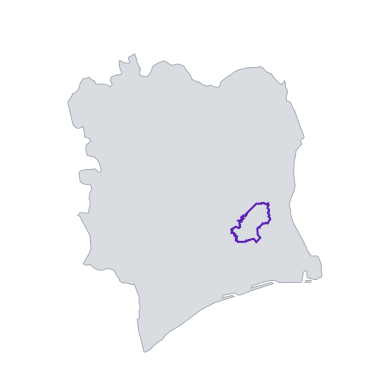 Moronou, N'zi-Comoé, Ivory Coast (highlighted), rotated 348°
{"feature_id": "98640826B53162767921513", "entity_name": "Moronou", "entity_type": "district", "adm_level": 2, "iso_a3": "CIV", "parent_name": "Ivory Coast", "parent_adm1": "N'zi-Comoé", "projection": "natural_earth1", "projection_center": [-4.266, 6.594], "detail": "medium", "context": "in_parent", "style": "outline", "palette": "violet", "viewbox_px": 384, "rotation_deg": 348, "n_neighbors": 0, "source": "geoboundaries", "source_scale": "gbopen_adm2", "svg_char_len": 5392}
<svg xmlns="http://www.w3.org/2000/svg" viewBox="0 0 384 384"><g transform="rotate(348 192 192)"><path d="M95.6,70.9L96.8,70.9L99.8,69.9L102.6,67.5L105.2,62.6L108.7,58.7L112.6,59.0L113.8,58.3L115.2,58.1L116.8,60.7L118.5,62.7L119.6,62.7L120.5,66.5L127.7,68.0L130.7,69.1L133.3,71.8L134.2,71.8L135.3,71.3L136.1,70.3L136.3,69.3L135.2,66.8L135.7,64.6L136.9,62.6L138.7,62.5L141.5,62.0L144.7,62.0L147.1,62.3L148.0,60.3L147.1,54.8L147.4,51.8L147.8,49.2L148.6,48.1L152.2,51.4L155.4,52.5L157.8,52.6L158.4,52.0L157.4,48.5L157.7,47.4L158.5,46.8L160.1,46.5L164.2,45.0L164.7,45.3L165.4,50.9L165.1,52.7L165.9,56.5L167.0,60.0L166.9,61.4L166.0,63.6L165.0,65.6L165.1,66.4L166.7,67.7L169.9,69.1L173.2,69.5L175.0,67.4L176.9,65.7L178.2,64.3L178.7,62.1L180.7,60.5L186.7,58.5L192.1,58.1L193.4,58.8L195.9,61.8L199.0,64.0L203.8,63.7L207.2,64.9L210.2,67.3L212.2,72.5L214.4,76.3L215.4,81.7L218.8,84.5L221.5,85.8L225.2,89.7L229.0,91.7L232.9,91.2L234.8,93.2L237.7,94.7L240.7,94.8L243.2,90.3L246.6,88.5L255.3,84.9L258.7,83.3L262.1,82.3L270.4,81.9L278.2,83.0L282.0,83.9L284.6,83.3L287.1,85.4L289.7,89.9L291.8,91.3L294.0,92.9L295.6,96.4L297.4,99.9L298.5,101.5L300.8,104.9L302.8,105.0L304.7,103.5L305.6,102.4L306.0,104.7L305.2,108.4L305.4,110.7L306.4,111.5L305.9,114.5L303.6,119.5L303.6,122.5L305.8,123.4L307.5,126.6L308.4,132.0L309.4,133.8L309.5,134.9L311.1,148.0L313.2,161.1L311.9,162.8L310.1,163.3L309.0,163.9L308.7,165.1L309.4,166.9L308.9,168.6L306.7,169.7L301.9,173.9L301.6,175.5L300.3,179.1L299.3,181.2L297.7,185.3L295.2,195.9L294.3,204.7L294.2,207.4L293.2,209.3L292.1,212.0L286.9,219.6L284.2,225.7L284.6,228.4L284.7,231.1L283.9,233.0L284.1,238.3L284.7,242.6L285.7,246.9L289.4,259.0L291.4,266.4L292.6,272.3L293.7,276.3L294.7,277.9L295.1,279.4L300.8,280.5L301.9,281.4L303.4,289.1L303.1,292.6L302.0,293.9L302.1,296.9L301.8,300.6L301.0,302.0L297.8,302.2L295.7,303.6L292.9,303.0L292.6,302.1L291.1,301.8L286.9,299.7L287.6,293.0L285.7,292.7L284.2,293.6L281.2,301.7L279.8,303.0L259.0,298.9L254.5,295.6L249.1,294.8L239.7,295.2L231.9,296.2L229.6,298.2L249.3,297.0L251.4,297.2L252.4,298.5L227.5,301.1L218.1,302.7L215.3,302.3L213.1,299.7L202.8,299.4L200.7,300.2L199.5,302.1L203.5,301.7L209.9,301.6L211.6,303.0L191.6,304.9L177.7,308.6L171.8,311.2L152.4,320.1L140.6,324.2L137.5,325.7L132.2,330.1L125.2,332.8L117.5,337.8L112.8,339.0L111.7,337.4L111.6,328.8L110.9,317.3L111.2,312.9L111.8,308.8L111.8,305.4L114.2,304.1L114.8,302.6L115.2,298.2L117.4,294.1L117.4,287.0L118.1,285.6L118.6,283.7L117.7,279.0L116.5,270.3L115.9,269.7L115.3,270.1L114.1,270.2L109.2,267.2L105.5,266.7L102.9,264.1L102.7,261.2L101.4,259.4L100.5,256.0L99.2,252.1L95.5,249.8L92.0,249.2L89.6,249.7L86.7,249.6L83.4,248.3L81.1,246.8L78.9,243.9L76.9,241.6L75.3,241.9L73.4,241.4L71.4,240.3L70.8,239.5L78.9,230.4L81.6,226.0L81.9,223.3L81.9,220.5L82.8,217.7L83.1,213.4L78.7,197.9L77.5,193.0L76.3,191.6L75.6,191.1L77.8,189.1L80.9,189.6L85.7,191.2L86.7,189.6L90.3,181.8L90.3,178.8L89.9,176.8L92.0,171.4L93.7,169.4L94.6,167.1L94.3,164.0L93.0,162.9L91.4,163.1L89.4,162.4L86.4,160.6L84.8,159.0L85.3,151.9L85.6,149.7L86.7,148.4L88.4,148.1L93.1,147.9L96.9,148.7L100.2,149.2L102.0,149.1L103.4,151.3L105.4,153.4L107.1,153.4L107.7,151.8L107.3,144.8L106.2,141.1L103.6,137.5L97.0,134.4L96.8,130.2L97.5,125.5L99.0,123.8L103.9,120.9L103.0,119.3L101.5,117.6L98.4,115.9L99.1,110.3L99.2,105.4L96.6,106.0L93.9,106.2L91.6,104.7L89.7,101.7L89.4,93.5L89.4,83.9L89.0,79.7L89.8,77.4L92.1,75.3L94.7,72.7L95.6,70.9ZM290.2,303.2L289.1,305.0L283.9,303.8L285.1,302.3L290.2,303.2Z" fill="#d9dde1" stroke="#a8b0b8" stroke-width="1"/><path d="M249.3,250.9L247.4,247.5L248.3,241.2L250.2,240.2L250.7,240.8L251.5,239.7L252.9,238.9L254.8,237.3L255.6,238.1L257.8,237.4L258.6,238.3L259.9,238.4L260.7,236.7L261.9,236.0L262.4,235.1L262.9,234.8L262.6,234.0L262.8,233.3L261.7,231.9L263.0,230.6L262.7,229.7L262.1,229.2L261.8,227.9L262.0,227.6L263.3,227.2L263.2,226.1L263.8,225.3L262.5,223.5L263.0,222.5L264.3,220.7L264.3,220.4L263.9,219.6L264.1,218.9L263.6,218.9L262.8,220.2L262.4,219.8L262.4,219.2L261.5,218.9L261.1,218.5L260.5,218.5L259.9,217.5L258.6,217.6L258.0,217.2L257.4,217.4L257.1,218.0L255.3,217.2L254.6,217.4L253.0,216.8L252.4,216.9L240.4,224.6L240.9,225.1L240.0,226.3L239.3,225.9L238.8,226.6L238.2,225.9L237.7,225.8L237.4,226.1L236.9,225.8L236.7,226.2L236.9,226.1L236.9,226.3L236.6,226.7L236.7,227.2L236.5,227.5L235.9,227.2L235.4,227.4L235.0,226.9L234.8,227.4L235.1,227.8L235.5,228.1L236.5,228.2L236.8,228.6L236.2,228.6L236.5,229.6L235.6,228.7L235.3,229.0L235.1,230.1L234.8,230.1L234.7,229.7L234.4,229.7L234.6,230.4L234.4,231.3L234.0,231.2L233.6,230.0L232.9,230.8L232.6,230.2L232.4,230.3L232.0,229.7L231.3,229.7L232.4,231.4L232.4,231.9L231.8,232.7L231.9,233.8L232.2,234.1L231.6,234.9L231.9,236.1L231.5,236.6L230.6,237.1L230.2,237.0L229.4,236.2L227.4,235.0L226.6,235.5L223.6,236.4L223.9,237.0L223.8,237.5L222.7,237.3L223.0,238.5L222.4,239.3L222.7,240.0L222.4,240.4L222.9,240.5L223.7,240.2L224.5,240.8L224.9,241.7L224.4,241.8L224.3,242.6L225.4,242.8L224.9,243.6L225.9,244.0L226.2,244.3L225.4,244.4L225.2,244.7L226.2,245.3L225.6,245.7L225.4,246.5L225.5,246.8L226.0,247.0L225.8,247.3L225.1,247.6L225.1,248.0L225.4,248.3L224.9,248.5L225.1,249.0L225.7,248.9L226.3,249.4L226.6,250.4L234.0,251.8L234.7,250.8L235.2,250.6L235.7,251.3L236.6,251.3L237.3,250.8L239.6,250.9L240.1,250.6L241.8,250.6L242.8,250.8L243.2,251.1L243.2,251.6L244.5,254.4L249.3,250.9Z" fill="none" stroke="#5b21b6" stroke-width="2"/></g></svg>